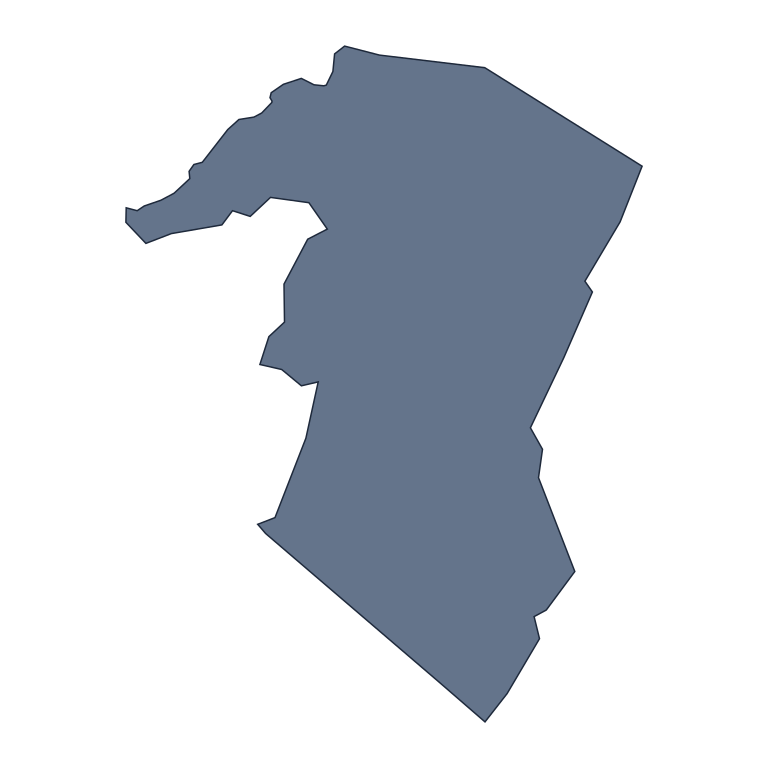 Grant, West Virginia, United States of America (Mercator projection)
{"feature_id": "52423323B78270191990376", "entity_name": "Grant", "entity_type": "district", "adm_level": 2, "iso_a3": "USA", "parent_name": "United States of America", "parent_adm1": "West Virginia", "projection": "mercator", "projection_center": [-79.285, 39.071], "detail": "fine", "context": "isolated", "style": "filled", "palette": "slate", "viewbox_px": 768, "rotation_deg": 0, "n_neighbors": 0, "source": "geoboundaries", "source_scale": "gbopen_adm2", "svg_char_len": 888}
<svg xmlns="http://www.w3.org/2000/svg" viewBox="0 0 768 768"><path d="M485.0,721.9L507.1,693.6L539.5,638.7L534.1,616.6L546.3,610.0L574.8,571.5L538.5,477.7L542.5,449.3L530.4,427.8L563.8,357.7L592.4,292.0L584.9,281.2L620.1,221.9L642.1,166.2L484.8,67.7L379.5,55.1L344.6,46.1L334.6,53.9L332.9,71.5L326.3,85.1L323.8,85.8L314.0,84.8L301.3,78.4L283.4,84.3L271.2,92.7L270.0,97.7L272.0,101.1L271.8,102.5L261.7,113.0L253.9,117.1L238.9,119.5L227.8,129.5L202.3,162.3L193.9,164.5L189.1,171.3L189.8,178.6L174.1,193.2L161.0,200.2L144.2,206.0L137.2,210.7L126.2,207.8L125.9,222.3L145.9,243.4L171.3,233.6L221.9,224.9L232.5,210.7L250.2,216.4L270.5,197.4L308.9,202.7L327.3,229.1L307.7,239.2L284.0,284.1L284.5,322.1L268.9,336.6L259.9,364.5L281.7,369.5L301.4,385.8L318.2,381.9L305.9,438.2L275.0,517.6L257.7,524.3L265.6,533.5L440.7,683.5L485.0,721.9Z" fill="#64748b" stroke="#1e293b" stroke-width="1.5"/></svg>